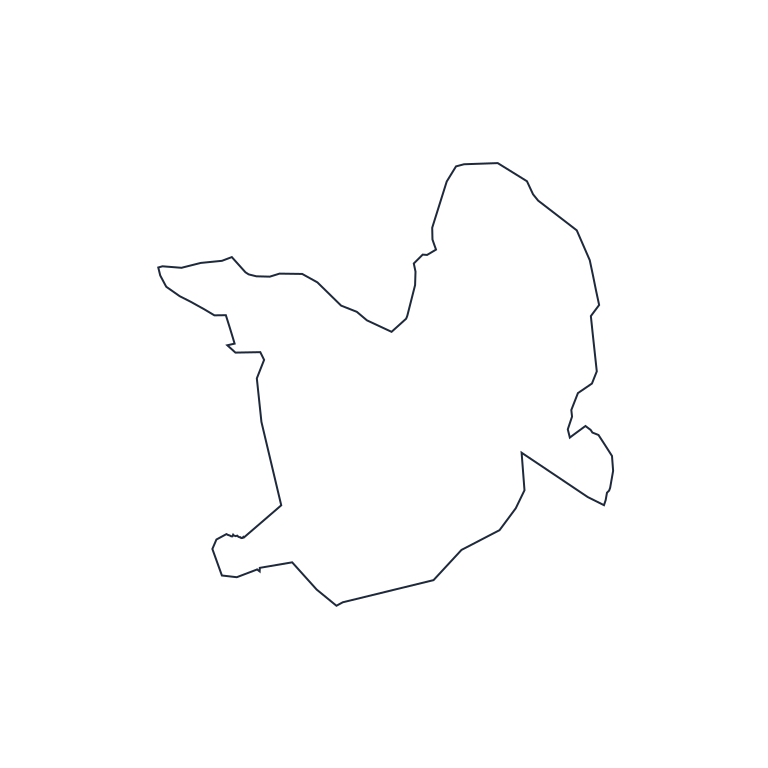 Charles, Maryland, United States of America (Albers equal-area conic projection), rotated 141°
{"feature_id": "52423323B57744592027693", "entity_name": "Charles", "entity_type": "district", "adm_level": 2, "iso_a3": "USA", "parent_name": "United States of America", "parent_adm1": "Maryland", "projection": "albers", "projection_center": [-76.955, 38.48], "detail": "fine", "context": "isolated", "style": "outline", "palette": "slate", "viewbox_px": 768, "rotation_deg": 141, "n_neighbors": 0, "source": "geoboundaries", "source_scale": "gbopen_adm2", "svg_char_len": 1630}
<svg xmlns="http://www.w3.org/2000/svg" viewBox="0 0 768 768"><g transform="rotate(141 384 384)"><path d="M621.2,363.8L630.5,337.2L620.0,326.5L599.9,319.9L599.3,319.8L598.6,316.6L596.2,319.3L567.6,303.2L565.7,266.6L560.5,241.6L553.4,240.3L468.9,200.4L428.2,206.3L386.2,197.7L359.8,204.5L341.7,213.0L320.3,244.0L296.8,167.9L289.3,151.4L284.9,154.2L279.1,159.2L276.1,159.5L273.6,161.0L260.6,172.3L252.1,184.6L250.5,198.9L249.4,209.4L252.6,215.1L252.3,218.2L253.9,224.6L269.5,225.3L273.3,225.4L269.7,233.1L258.4,240.3L254.8,245.9L239.0,254.9L222.1,253.5L210.7,259.9L189.6,292.6L180.5,306.6L176.2,307.7L167.1,310.0L160.4,323.2L153.2,337.0L146.2,350.7L137.5,382.1L148.8,429.5L148.8,437.6L145.3,451.6L156.6,484.1L183.5,504.4L191.1,507.8L207.8,501.9L248.2,475.1L255.4,465.8L256.9,461.7L259.0,455.7L269.3,457.2L272.5,460.2L285.0,458.9L288.8,451.5L297.6,441.3L322.9,422.4L324.6,421.4L325.8,420.8L345.1,419.8L345.3,419.8L357.2,444.2L359.7,457.2L368.0,471.9L371.8,504.9L378.3,521.0L395.7,535.5L405.2,539.3L415.4,548.0L419.4,553.3L420.2,554.4L421.4,558.1L421.4,558.3L422.4,578.4L432.4,581.7L450.2,593.4L466.6,601.0L468.2,601.7L482.1,614.9L486.1,616.6L489.6,609.2L491.8,597.9L492.0,596.5L487.5,580.8L482.4,569.4L476.6,555.0L472.6,544.1L463.6,537.0L468.5,524.6L472.3,515.2L474.7,509.4L481.4,512.7L479.7,501.9L460.1,486.6L462.0,478.2L479.3,468.4L503.1,431.7L540.2,354.4L589.4,352.9L589.5,353.7L590.8,353.4L591.9,354.1L592.0,355.9L592.3,355.2L593.3,356.9L593.5,358.5L595.0,359.1L596.1,360.9L596.1,361.8L597.7,361.0L598.6,361.8L599.2,363.3L600.3,365.0L600.9,366.5L612.1,368.6L621.2,363.8Z" fill="none" stroke="#1e293b" stroke-width="2"/></g></svg>